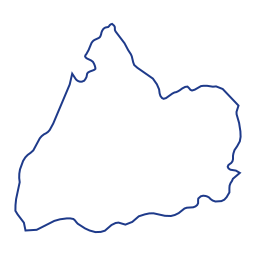 Cotopaxi, Mercator projection
{"feature_id": "ECU-1279", "entity_name": "Cotopaxi", "entity_type": "Province", "adm_level": 1, "iso_a3": "ECU", "parent_name": "Ecuador", "parent_adm1": "", "projection": "mercator", "projection_center": [-78.819, -0.777], "detail": "fine", "context": "isolated", "style": "outline", "palette": "blue", "viewbox_px": 256, "rotation_deg": 0, "n_neighbors": 0, "source": "natural_earth", "source_scale": "10m", "svg_char_len": 2114}
<svg xmlns="http://www.w3.org/2000/svg" viewBox="0 0 256 256"><path d="M238.5,105.6L236.5,111.9L236.6,114.3L239.1,123.0L240.4,131.4L240.6,136.8L239.8,141.4L237.1,146.3L234.5,150.1L233.4,153.5L233.0,155.8L233.0,159.2L232.4,161.4L231.2,163.0L229.6,164.1L228.3,165.2L227.7,166.8L228.5,168.4L230.4,169.7L235.9,170.6L239.8,172.9L232.9,178.8L232.0,180.9L230.5,183.2L229.6,185.6L229.4,188.1L229.4,192.4L226.6,197.2L224.3,199.7L221.4,201.1L215.4,201.5L212.6,200.5L210.5,199.0L209.2,197.6L207.5,196.6L205.7,196.0L203.2,195.7L200.8,196.3L198.3,198.5L198.1,200.0L198.1,203.2L197.2,205.0L195.5,206.4L193.2,207.3L186.9,207.7L184.5,208.5L178.7,213.1L174.8,215.0L170.9,216.0L164.9,215.8L153.5,213.3L149.3,213.4L144.7,214.4L138.8,216.3L132.3,221.9L125.4,224.6L118.5,222.6L115.6,223.0L111.5,225.0L104.9,230.7L100.8,231.9L95.4,232.1L89.6,230.5L85.0,228.4L77.7,223.7L76.1,221.9L74.9,220.3L73.4,219.0L70.2,218.4L66.8,218.4L60.0,219.3L54.3,220.9L36.7,229.8L25.5,230.5L23.9,222.7L17.6,214.4L15.4,210.8L15.5,205.1L16.1,199.1L19.7,182.2L19.2,178.0L19.3,173.7L20.0,169.4L23.1,160.9L25.3,157.4L27.7,154.9L30.6,152.8L33.3,150.4L39.8,138.3L41.6,136.2L44.0,134.3L46.0,133.3L48.0,131.9L49.7,130.0L53.2,123.6L69.7,84.5L72.2,73.7L75.9,79.3L76.8,80.2L78.2,81.1L80.0,81.7L81.8,81.7L84.2,80.7L85.5,78.9L86.5,77.0L87.2,73.5L88.3,72.3L90.1,71.4L92.9,70.4L94.5,69.7L95.4,68.8L95.3,67.5L94.8,65.7L94.0,63.7L92.9,61.8L91.0,60.4L87.0,58.5L85.7,57.5L85.1,56.4L85.4,55.3L86.4,54.0L88.6,50.0L91.5,43.0L92.5,41.6L93.5,40.6L94.6,39.9L98.7,38.0L99.8,37.2L100.5,36.0L101.1,34.3L101.5,32.4L102.2,30.7L103.3,29.0L104.5,28.0L105.5,27.5L108.2,27.0L109.1,26.1L109.8,25.1L110.7,24.4L112.1,23.9L114.1,25.7L114.8,27.0L114.9,30.0L115.6,31.5L124.5,43.2L128.1,50.0L130.9,54.3L131.8,56.4L133.2,62.3L134.2,65.0L137.4,67.8L152.9,78.6L156.9,84.3L159.1,89.4L159.6,93.3L160.4,95.9L162.0,98.0L163.6,98.8L166.0,98.1L172.3,93.6L174.4,92.5L176.3,92.1L178.0,91.3L179.7,90.3L182.3,88.4L185.2,86.9L187.5,86.6L189.2,88.3L190.4,89.8L192.0,90.5L194.7,89.7L201.0,86.1L203.5,85.8L207.1,85.8L212.9,86.7L216.1,86.4L222.7,89.0L238.5,105.6Z" fill="none" stroke="#1e3a8a" stroke-width="2"/></svg>